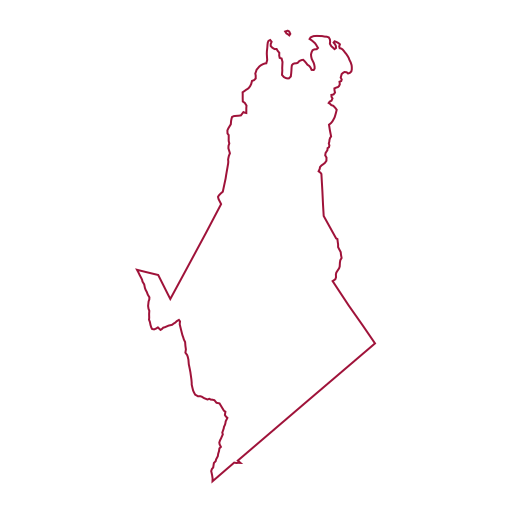 the district of Bragança, Pará, Brazil
{"feature_id": "56859067B69976129931253", "entity_name": "Bragança", "entity_type": "district", "adm_level": 2, "iso_a3": "BRA", "parent_name": "Brazil", "parent_adm1": "Pará", "projection": "robinson", "projection_center": [-46.769, -1.181], "detail": "fine", "context": "isolated", "style": "outline", "palette": "rose", "viewbox_px": 512, "rotation_deg": 0, "n_neighbors": 0, "source": "geoboundaries", "source_scale": "gbopen_adm2", "svg_char_len": 4589}
<svg xmlns="http://www.w3.org/2000/svg" viewBox="0 0 512 512"><path d="M331.1,136.5L329.8,129.8L329.0,124.7L331.0,123.1L332.4,121.4L333.6,119.3L334.6,117.4L335.4,114.8L336.0,112.6L336.7,109.8L335.3,107.9L333.3,105.8L331.3,105.1L330.0,103.8L328.7,103.0L329.7,101.6L331.5,100.7L332.5,98.4L331.5,96.8L331.4,94.9L333.5,94.5L335.0,92.6L334.5,90.4L334.4,88.4L336.5,87.5L337.9,87.1L339.0,86.1L339.8,84.3L339.5,81.7L341.2,81.1L341.7,79.5L340.7,77.6L341.7,74.0L343.1,72.8L344.5,72.0L346.7,72.3L348.0,73.5L349.8,72.9L351.3,71.5L351.8,69.4L351.8,67.0L351.6,65.2L350.7,62.4L349.4,59.8L348.7,57.9L347.8,56.3L346.2,53.9L345.0,52.5L343.9,51.0L342.5,49.4L341.3,48.6L339.7,48.2L339.2,46.4L339.9,44.3L338.5,43.1L336.5,42.0L334.6,41.3L333.6,42.6L335.0,44.3L335.9,46.1L336.0,48.0L334.5,49.1L332.8,47.5L331.3,46.2L329.9,43.8L330.1,41.5L329.9,39.4L328.8,37.4L326.7,36.7L324.7,36.6L322.2,36.1L319.3,36.0L317.0,35.9L315.2,36.0L313.7,36.1L312.3,36.6L310.6,37.4L309.6,39.0L311.5,40.2L313.2,41.6L315.1,43.3L316.3,45.1L317.1,46.5L318.0,47.9L316.7,49.2L314.3,49.4L312.6,50.2L311.6,52.2L311.0,54.5L311.2,56.6L311.7,58.8L312.6,60.7L313.6,62.7L314.2,64.5L314.6,66.7L314.6,68.6L313.7,70.0L311.6,69.9L310.5,67.5L309.2,65.9L307.4,64.7L306.3,63.2L304.8,61.4L303.2,59.8L301.5,60.1L299.4,61.0L297.6,62.9L296.1,63.3L294.4,63.4L293.0,64.0L291.9,65.2L291.6,67.2L291.5,68.9L291.4,70.7L291.2,73.3L290.8,76.5L288.9,78.4L287.2,78.4L285.7,78.0L283.8,77.0L282.0,74.9L282.3,70.5L282.2,68.1L282.3,65.8L282.5,62.0L281.6,58.5L279.7,57.9L279.2,55.6L279.3,52.8L277.5,50.6L276.6,49.0L274.6,49.1L272.3,47.7L270.7,46.0L270.7,44.0L271.6,41.8L270.2,40.0L268.5,40.9L267.8,42.5L267.5,44.7L267.3,47.6L266.9,51.1L266.8,53.7L267.0,57.3L267.2,60.0L266.3,63.3L264.8,63.5L262.9,64.2L261.0,65.2L259.3,66.5L257.9,68.2L256.6,69.7L256.0,71.6L255.3,73.5L255.7,75.6L255.7,78.5L254.0,80.2L252.0,80.9L251.2,84.0L250.1,86.2L248.9,87.8L247.8,88.8L246.1,89.8L244.5,91.0L242.6,92.3L242.7,94.2L242.7,96.0L242.7,98.5L242.8,101.5L244.8,102.9L246.5,105.6L246.3,108.1L246.3,113.0L244.8,112.7L243.4,112.1L240.9,115.4L238.7,115.7L236.0,115.9L233.9,116.1L232.1,116.9L231.6,118.4L231.1,120.8L230.8,124.3L229.5,126.4L228.3,128.4L227.4,130.4L227.5,133.5L228.7,135.1L228.7,141.0L229.3,143.4L228.5,145.9L228.4,148.3L229.3,151.2L229.9,153.3L228.9,155.8L228.5,157.5L228.1,159.6L228.3,161.8L228.1,163.8L226.2,174.7L225.6,178.6L222.8,191.7L220.6,193.6L218.8,195.5L218.0,196.9L218.6,199.2L220.1,202.1L221.1,204.1L206.8,231.3L205.8,233.2L186.2,269.6L170.3,299.0L167.7,293.9L158.2,275.0L145.8,272.0L137.0,269.8L138.3,272.2L139.7,275.1L141.2,277.9L142.1,279.8L142.5,281.6L144.2,284.4L144.9,287.9L145.6,289.8L146.8,292.0L147.8,294.7L149.4,297.3L149.3,299.4L148.6,301.4L148.1,305.9L148.5,308.7L149.3,310.8L149.1,314.0L149.2,317.9L149.0,319.6L149.9,322.0L150.5,325.0L151.3,327.5L152.1,329.0L154.1,329.4L156.0,328.6L157.9,327.4L160.5,329.9L161.8,329.1L163.3,327.6L164.7,327.3L168.6,325.6L172.1,324.8L173.6,323.6L175.3,322.6L176.7,321.2L178.9,319.9L180.0,321.4L179.7,324.2L180.2,326.3L180.9,329.2L181.8,332.8L182.4,335.1L183.2,337.3L183.9,339.6L185.1,342.0L185.4,345.8L185.9,349.4L185.4,352.7L187.1,355.0L187.7,356.6L188.4,359.6L188.8,364.3L189.7,368.6L190.4,372.3L191.4,379.4L191.7,382.8L191.7,384.6L192.4,387.7L193.1,390.5L193.9,392.3L195.2,394.7L196.5,395.4L198.0,396.3L200.2,396.2L201.8,396.7L204.0,398.1L207.5,399.5L209.3,398.8L210.8,399.6L212.4,399.7L214.4,400.2L216.5,402.8L219.5,403.4L223.9,410.7L225.4,411.7L224.9,415.0L225.8,416.4L227.4,417.9L225.7,421.3L225.4,423.2L225.0,424.7L224.0,426.8L223.7,428.5L222.3,432.6L222.8,434.4L221.8,436.6L221.0,438.5L220.0,440.4L219.3,442.6L219.6,444.3L220.9,446.9L219.4,448.4L219.0,451.2L218.2,453.7L217.8,456.2L216.9,457.9L216.1,459.4L215.7,461.1L213.9,463.0L213.2,467.5L211.9,469.0L211.2,471.1L211.6,472.8L212.1,475.2L212.6,478.5L212.5,481.3L220.5,474.4L234.2,462.6L236.4,463.0L238.4,462.8L240.4,462.9L237.8,460.6L304.3,403.7L345.7,368.4L375.0,343.4L362.9,325.7L348.7,305.5L332.6,281.1L335.3,279.3L336.0,277.3L335.9,274.4L336.3,272.6L337.5,270.7L339.1,268.3L339.7,266.5L339.9,262.7L340.3,260.2L341.6,258.0L341.0,254.9L340.7,252.1L338.9,248.7L338.1,247.1L338.1,244.5L337.7,241.6L337.4,239.0L336.1,238.4L323.7,216.0L323.0,204.3L322.7,197.9L322.4,191.5L321.4,174.0L320.5,172.7L318.6,171.3L319.7,168.9L320.0,167.1L321.4,165.5L323.4,164.1L324.9,162.9L326.4,160.8L326.5,157.6L325.2,155.3L325.6,152.9L327.4,150.2L327.6,148.1L328.9,147.3L329.4,145.4L328.8,143.5L329.3,141.7L329.5,139.8L330.1,137.9L331.1,136.5ZM290.3,33.9L289.2,31.5L287.7,30.7L285.2,31.5L286.4,33.4L288.1,34.4L289.3,35.4L290.3,33.9Z" fill="none" stroke="#9f1239" stroke-width="2"/></svg>